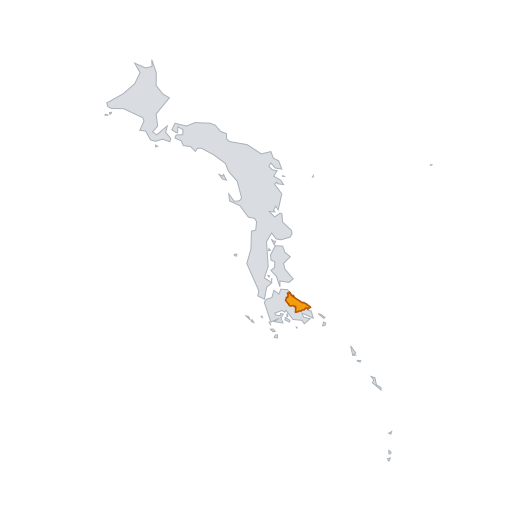 where Miyazaki sits in Japan, rotated 287°
{"feature_id": "JPN-1831", "entity_name": "Miyazaki", "entity_type": "Prefecture", "adm_level": 1, "iso_a3": "JPN", "parent_name": "Japan", "parent_adm1": "", "projection": "albers", "projection_center": [131.344, 32.095], "detail": "fine", "context": "in_parent", "style": "filled", "palette": "amber", "viewbox_px": 512, "rotation_deg": 287, "n_neighbors": 0, "source": "natural_earth", "source_scale": "10m", "svg_char_len": 6352}
<svg xmlns="http://www.w3.org/2000/svg" viewBox="0 0 512 512"><g transform="rotate(287 256 256)"><path d="M352.1,138.6L359.2,139.7L360.0,151.6L365.7,158.6L369.6,173.4L369.1,179.0L364.8,185.6L364.3,192.0L359.4,193.6L357.7,197.1L359.9,215.1L355.2,231.2L360.2,239.7L354.6,244.0L353.6,249.9L346.6,255.2L345.8,248.5L349.3,243.1L345.4,242.1L343.1,246.7L343.8,251.3L337.5,249.5L335.7,257.4L332.4,261.5L331.4,255.3L332.8,254.3L330.1,252.7L323.0,262.5L306.6,263.7L309.5,260.2L304.9,259.4L303.7,261.2L302.4,255.7L298.8,262.4L304.1,266.5L303.8,268.5L296.3,271.4L290.7,282.6L287.5,284.0L283.9,283.0L278.8,275.1L278.2,270.2L282.6,264.2L272.7,261.9L249.6,270.7L237.5,270.4L235.1,279.0L229.1,275.3L217.1,276.7L218.4,269.3L223.5,268.9L246.1,249.4L261.3,249.1L278.4,244.4L280.7,248.2L289.0,246.5L291.6,243.5L290.9,237.4L299.4,225.9L300.9,214.6L307.5,211.8L301.9,219.2L303.9,224.0L307.2,225.3L321.9,216.3L329.1,204.7L335.5,199.8L340.5,185.6L343.1,172.3L341.8,168.4L338.3,167.5L341.5,161.3L340.3,154.2L344.3,150.8L345.1,144.0L348.4,144.3L350.6,150.5L355.5,149.2L356.7,143.4L350.9,145.1L350.7,143.1L352.1,138.6ZM385.5,89.7L397.4,91.5L405.0,83.6L403.5,95.4L406.9,101.2L413.2,98.9L402.1,107.1L389.9,110.6L383.7,119.4L381.9,126.9L362.5,118.9L351.5,124.0L344.5,120.9L342.8,125.6L354.5,133.1L347.9,133.5L343.3,140.2L340.1,140.2L340.4,132.5L336.3,126.4L336.2,121.1L343.2,114.1L342.2,108.1L352.2,109.4L355.1,107.4L358.2,86.2L354.8,74.9L355.5,70.7L358.7,68.5L372.3,81.5L385.5,89.7ZM220.8,283.3L228.5,283.2L226.2,289.1L231.5,289.4L233.1,296.0L228.0,303.4L223.2,322.1L219.2,321.6L219.6,324.7L213.3,329.0L214.8,316.8L211.4,319.3L211.9,326.1L205.3,322.0L207.9,318.6L206.1,309.9L212.8,300.6L210.7,299.9L211.5,296.8L206.9,290.7L205.3,292.0L206.0,296.4L208.2,296.4L208.4,299.1L204.1,297.9L199.8,301.3L198.6,292.7L203.2,296.4L197.2,289.5L214.1,277.5L217.6,278.5L220.8,283.3ZM261.4,269.6L271.5,271.5L273.2,278.6L268.0,282.5L265.3,289.0L257.1,284.5L252.0,287.3L245.0,298.2L240.4,295.3L239.1,286.2L233.5,287.9L242.4,281.6L246.6,274.4L250.5,277.2L256.1,275.6L256.4,271.6L261.4,269.6ZM174.4,405.3L168.0,408.8L166.8,413.9L164.4,414.8L168.8,404.4L171.8,405.0L174.4,401.3L174.4,405.3ZM324.5,201.1L319.9,205.6L319.9,201.2L323.2,196.8L322.8,201.1L324.5,201.1ZM197.6,372.9L192.4,379.7L189.3,377.5L197.6,372.9ZM204.4,307.4L202.6,307.2L203.4,302.3L205.8,301.9L204.4,307.4ZM275.8,270.3L271.9,270.3L276.7,265.7L275.3,268.3L275.8,270.3ZM212.3,342.3L209.6,342.2L208.7,340.0L212.6,340.0L212.3,342.3ZM196.1,266.4L193.0,269.4L195.8,263.9L196.1,266.4ZM217.5,339.9L216.1,339.1L219.0,332.3L219.0,335.6L217.5,339.9ZM183.5,297.2L186.1,297.7L186.9,299.7L183.8,300.4L183.5,297.2ZM194.0,270.9L191.7,273.4L192.2,270.3L194.0,270.9ZM102.2,443.5L98.8,443.2L98.9,442.6L100.5,441.0L102.2,443.5ZM252.3,237.0L250.4,237.5L249.9,235.5L251.2,234.7L252.3,237.0ZM189.6,296.4L188.5,294.4L190.2,291.2L191.2,293.7L189.6,296.4ZM109.0,439.8L107.9,442.5L106.3,442.6L105.6,441.0L109.0,439.8ZM186.5,386.8L185.0,386.6L185.1,383.6L185.8,383.4L186.5,386.8ZM351.2,75.9L349.2,75.5L349.0,74.6L350.4,74.0L351.2,75.9ZM210.2,302.4L207.6,304.1L206.9,303.3L210.2,302.4ZM332.2,129.9L331.0,128.2L332.7,127.5L332.2,129.9ZM236.0,278.4L237.6,277.8L239.5,277.7L236.0,278.4ZM347.6,70.6L347.6,73.7L346.5,70.4L347.6,70.6ZM196.2,288.7L194.1,290.5L197.1,287.3L196.2,288.7ZM127.9,437.0L125.0,437.0L125.4,434.6L126.2,435.8L127.9,437.0ZM200.3,279.1L198.8,280.6L199.4,278.6L200.3,279.1ZM266.8,266.2L265.8,268.2L264.7,266.5L266.8,266.2ZM190.7,378.9L190.3,380.2L189.7,378.5L190.7,378.9ZM340.7,258.1L340.4,259.7L339.9,258.2L340.7,258.1ZM200.0,316.0L198.7,316.4L199.9,315.2L200.0,316.0ZM240.9,273.1L241.0,274.8L239.7,274.6L240.9,273.1ZM349.6,287.3L348.1,287.6L348.1,286.8L349.6,287.3ZM394.6,396.4L394.9,398.1L393.7,396.3L394.6,396.4Z" fill="#d9dde1" stroke="#a8b0b8" stroke-width="1"/><path d="M231.2,298.6L231.1,298.8L231.0,299.2L230.9,299.4L230.8,299.5L230.6,299.2L230.4,299.2L230.4,299.4L230.1,299.5L229.9,299.9L229.7,300.0L229.7,300.3L229.6,300.6L229.4,301.1L229.1,301.3L228.8,301.2L228.7,301.3L228.6,301.6L228.4,302.1L228.4,302.4L228.6,302.5L228.8,302.5L229.2,302.9L228.9,303.2L228.6,303.3L228.3,303.2L228.0,303.2L228.0,303.5L228.2,303.8L228.5,304.1L228.1,304.4L227.9,304.5L227.6,304.6L227.6,304.8L227.5,305.2L227.4,305.6L227.3,305.8L227.2,305.9L227.0,306.2L226.9,307.1L226.6,307.7L226.4,308.6L226.1,309.7L225.6,311.4L225.0,313.3L224.9,313.8L224.9,314.1L224.9,314.3L225.0,314.7L225.2,315.0L225.6,315.2L225.6,315.4L225.3,315.7L225.3,315.8L224.9,317.8L225.0,318.3L224.5,318.7L224.3,318.9L224.3,319.2L224.2,319.2L224.0,319.6L223.9,320.0L224.0,320.1L224.1,320.6L223.8,320.9L223.8,321.0L223.6,321.9L223.5,322.0L223.3,322.3L223.3,322.5L223.2,322.7L223.1,322.8L223.1,322.7L222.9,322.6L223.0,322.5L223.0,322.4L222.4,322.5L222.1,322.5L221.9,322.4L221.8,322.0L221.8,321.8L221.7,321.7L221.4,321.4L221.3,321.2L221.2,321.2L220.8,321.3L220.6,321.1L220.4,320.9L220.5,320.8L220.9,320.2L221.0,319.7L221.0,319.3L221.0,319.1L220.9,318.9L220.8,318.7L220.5,318.4L220.0,318.4L219.9,318.4L219.7,318.4L219.2,318.1L218.8,318.0L218.7,317.9L218.4,317.3L218.3,317.1L218.3,316.8L218.3,316.7L218.2,316.5L217.8,316.1L217.6,315.8L216.6,315.4L216.4,315.1L216.3,314.7L216.4,313.9L216.3,313.6L215.9,313.2L215.5,313.0L215.2,312.7L214.9,312.4L214.0,310.8L213.8,310.7L213.7,310.4L213.9,310.0L214.3,309.9L215.3,310.0L215.5,309.9L215.9,309.8L216.4,309.5L216.6,309.4L216.8,309.4L217.2,309.6L217.5,309.5L217.7,309.3L218.0,308.9L218.1,308.7L218.3,308.7L219.0,308.9L219.3,308.8L219.4,308.7L219.3,308.3L219.2,308.1L219.0,307.7L218.9,307.5L218.9,307.2L219.1,306.9L219.4,306.5L219.5,306.3L219.5,306.0L219.4,305.8L219.2,305.4L219.1,305.2L219.0,304.9L218.8,304.7L218.5,304.3L218.4,304.1L218.3,303.8L218.2,303.6L218.2,303.3L218.2,303.0L218.5,302.1L218.7,301.8L218.9,301.6L219.1,301.5L219.3,301.5L219.5,301.5L219.6,301.4L219.7,301.2L219.8,300.7L219.9,300.4L220.1,300.2L220.4,299.9L220.6,299.6L220.8,299.2L221.3,298.6L221.6,298.2L221.7,297.7L221.8,297.6L222.0,297.4L223.0,297.1L223.3,297.3L223.5,297.4L223.9,297.4L224.2,297.4L224.5,297.4L224.9,297.2L225.1,297.1L225.3,297.2L225.5,297.3L225.7,297.6L225.7,297.9L225.6,298.0L225.8,298.3L226.0,298.5L226.5,298.4L227.0,298.2L228.4,298.1L228.5,298.0L228.7,297.8L228.9,297.3L229.0,297.2L229.3,297.0L229.5,297.0L229.8,297.1L230.0,297.2L230.2,297.3L230.4,297.5L230.5,298.0L230.5,298.3L230.6,298.5L231.2,298.6Z" fill="#f59e0b" stroke="#b45309" stroke-width="1.5"/></g></svg>